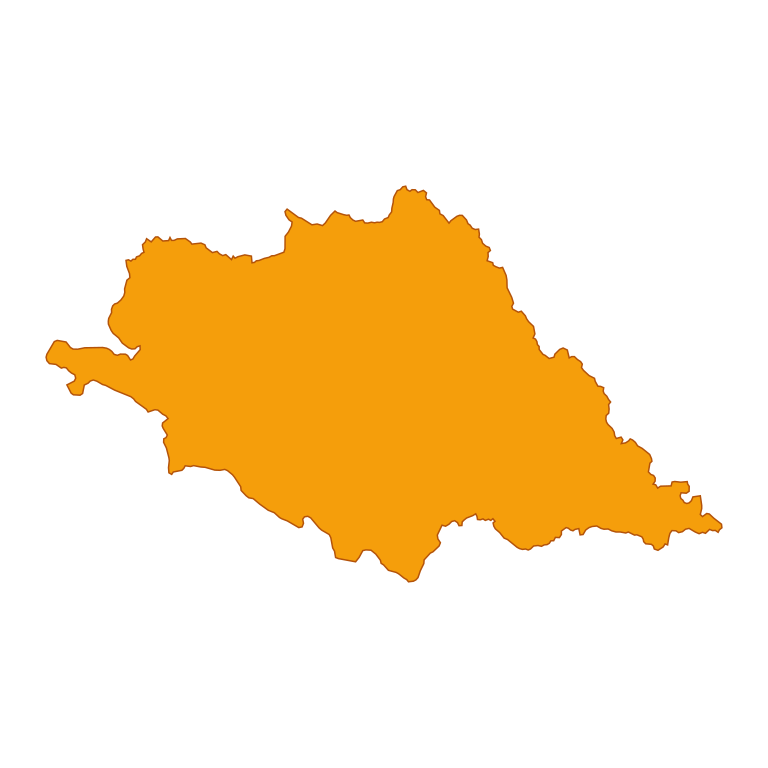 São Roque de Minas, Minas Gerais, Brazil
{"feature_id": "56859067B90207233852614", "entity_name": "São Roque de Minas", "entity_type": "district", "adm_level": 2, "iso_a3": "BRA", "parent_name": "Brazil", "parent_adm1": "Minas Gerais", "projection": "natural_earth1", "projection_center": [-46.507, -20.181], "detail": "fine", "context": "isolated", "style": "filled", "palette": "amber", "viewbox_px": 768, "rotation_deg": 0, "n_neighbors": 0, "source": "geoboundaries", "source_scale": "gbopen_adm2", "svg_char_len": 6090}
<svg xmlns="http://www.w3.org/2000/svg" viewBox="0 0 768 768"><path d="M603.7,387.7L600.6,386.4L597.9,386.2L595.2,381.3L594.5,378.3L589.1,375.6L583.5,370.4L581.5,367.6L582.3,364.1L580.6,361.6L577.4,359.5L574.4,356.6L571.7,356.6L569.2,357.9L567.3,350.0L563.1,348.0L559.7,349.4L554.9,354.1L554.0,357.2L549.1,358.5L545.2,355.4L543.0,354.4L539.2,349.5L539.1,346.4L537.4,344.6L536.9,341.6L535.5,339.1L533.1,338.0L534.9,333.9L533.5,326.4L528.6,321.7L526.6,318.8L525.4,315.9L521.3,311.2L518.3,312.2L512.6,309.1L511.8,306.4L513.5,303.2L511.7,297.3L507.1,287.8L506.9,280.0L506.1,275.4L502.6,267.4L499.4,268.1L495.8,266.7L493.3,265.3L492.7,262.7L487.1,260.7L488.2,256.5L488.0,252.6L490.4,250.5L489.2,247.5L485.8,246.1L482.6,243.3L481.4,239.6L479.0,237.2L479.4,234.1L478.6,229.1L475.2,229.5L472.2,228.2L470.1,225.1L468.0,223.7L466.5,220.0L462.3,215.4L459.6,215.3L456.9,216.3L450.9,220.7L449.0,223.1L443.2,215.6L439.9,213.8L439.4,210.4L434.8,207.2L429.5,200.0L426.7,199.7L425.6,196.7L426.5,192.9L423.4,190.4L417.9,192.5L415.3,189.8L412.0,189.7L409.9,191.3L407.0,189.7L405.7,186.2L402.8,186.8L400.2,189.7L397.3,190.6L394.1,196.5L393.4,199.0L393.2,202.4L391.9,208.1L391.6,211.9L389.3,214.9L388.2,217.5L384.5,219.0L382.3,221.7L379.6,222.4L377.0,222.2L374.6,222.8L371.4,222.2L367.9,223.1L364.7,222.9L362.8,220.0L355.6,221.3L352.9,220.0L350.3,217.6L349.0,215.0L346.7,215.3L343.8,214.7L337.1,212.6L335.0,211.0L330.6,215.3L325.3,223.0L322.5,225.6L317.2,224.0L311.9,224.8L301.5,218.2L298.5,217.5L287.1,209.1L285.0,211.6L285.9,215.3L289.0,219.8L292.1,222.0L291.5,226.1L288.4,232.1L285.1,236.3L285.0,248.7L283.9,252.2L274.4,255.7L271.7,255.8L269.0,257.3L264.3,258.4L259.0,260.5L256.3,260.8L254.5,262.4L252.0,262.8L251.4,256.1L244.8,254.9L237.9,256.7L235.0,258.2L233.2,256.1L231.5,259.6L225.8,254.6L222.7,255.6L219.4,253.8L217.0,251.4L212.4,252.6L206.1,247.8L204.9,244.8L201.0,243.1L191.9,244.1L190.3,242.0L185.4,238.5L177.3,238.9L174.1,240.4L171.5,240.4L170.0,237.5L168.6,240.6L162.8,241.0L157.9,236.9L155.5,237.0L151.2,241.9L146.6,238.7L145.3,242.0L142.5,244.7L143.1,249.0L144.0,252.3L141.6,253.4L139.6,255.8L136.5,256.9L135.4,259.3L132.9,259.3L130.9,261.1L128.5,259.8L126.0,260.4L126.8,266.4L129.5,273.6L129.9,277.7L126.9,280.2L124.6,288.9L124.8,292.4L123.8,296.0L120.9,300.0L117.4,303.1L114.6,304.0L112.7,305.9L111.5,309.3L111.6,312.6L108.7,318.4L108.3,321.2L108.4,324.1L111.2,330.5L113.2,333.4L118.7,337.9L122.3,343.1L128.6,347.8L131.7,349.0L135.0,348.8L137.2,346.7L140.0,345.8L140.2,349.6L134.7,356.0L132.9,359.0L130.5,360.0L127.6,355.5L125.5,354.2L120.4,354.1L117.4,355.3L114.2,354.4L111.8,351.4L109.4,349.5L106.6,348.2L102.6,347.5L84.7,347.8L77.7,349.2L73.1,349.1L70.4,347.5L66.1,342.0L57.2,340.4L54.3,341.6L46.9,354.2L46.1,357.2L46.9,360.7L49.4,363.6L56.0,364.4L61.3,368.1L63.8,367.4L66.4,367.9L68.6,370.7L71.4,373.0L74.8,374.8L75.7,378.2L74.3,381.1L66.9,384.9L71.1,393.1L73.4,394.8L80.1,395.2L82.6,393.5L84.3,385.0L88.1,383.2L90.3,381.0L93.3,380.0L96.9,381.2L102.5,384.5L105.7,385.4L114.6,390.1L130.9,396.7L133.7,398.9L135.5,401.4L146.4,409.3L148.1,412.0L154.9,409.7L157.9,410.1L162.7,414.2L165.8,415.8L168.1,418.6L162.6,423.0L162.2,425.9L163.2,428.4L167.3,435.0L166.1,437.6L163.8,438.8L163.6,442.3L166.4,448.0L168.9,457.7L169.3,460.6L168.5,467.6L168.9,472.8L171.7,474.4L173.3,472.0L181.9,470.3L183.8,468.4L185.2,465.8L190.6,466.5L193.6,465.6L200.8,467.0L205.1,467.3L214.8,470.1L220.0,470.3L224.8,469.4L227.5,470.6L232.5,474.7L234.5,477.2L240.7,486.7L241.1,490.4L246.1,495.7L248.8,497.8L253.2,498.6L259.7,504.1L268.3,510.3L274.3,512.7L279.4,517.4L281.6,518.7L287.3,520.9L298.8,527.6L302.1,526.9L303.5,523.3L302.7,519.2L304.5,516.8L307.8,516.3L310.7,517.9L319.1,527.9L321.6,530.1L329.2,534.5L330.8,537.7L332.7,548.0L334.5,551.1L335.6,557.5L338.4,558.6L355.6,561.8L359.1,557.4L362.8,550.6L365.9,549.9L371.0,550.2L375.8,554.1L380.4,560.2L381.1,563.3L383.6,564.9L388.4,570.3L396.1,572.4L398.5,573.7L403.9,578.0L406.7,579.6L408.5,581.8L413.4,581.2L415.9,579.9L418.0,577.6L420.3,570.8L423.8,563.6L424.1,559.9L430.3,553.1L433.0,551.8L439.1,546.0L440.4,542.7L437.9,538.9L437.3,535.1L442.0,525.2L445.6,526.2L449.0,524.2L451.7,521.5L454.7,520.7L457.5,522.6L459.0,525.7L461.9,525.5L462.2,521.9L464.0,520.1L466.6,518.0L472.8,515.6L475.7,513.8L477.0,516.4L477.5,519.5L480.3,519.8L483.0,518.9L485.3,520.4L488.5,519.2L490.8,520.4L492.9,518.7L495.0,521.3L493.1,522.9L493.8,526.1L495.3,528.8L499.7,532.6L504.1,538.1L507.5,539.5L517.1,547.3L519.5,548.6L522.5,549.4L525.6,549.0L528.2,550.0L530.5,549.0L533.6,546.0L538.0,545.5L541.5,546.3L544.2,544.9L547.1,544.6L549.3,543.3L550.9,540.8L553.7,540.7L555.4,537.4L559.4,537.6L561.4,534.5L561.4,531.0L566.1,527.6L568.3,528.2L570.5,530.0L573.0,530.8L575.0,529.4L578.8,528.6L580.1,534.9L583.1,534.5L585.7,530.0L589.0,527.6L592.1,526.5L596.8,526.0L601.0,528.4L603.9,529.2L608.2,529.0L611.7,530.8L616.0,532.0L620.3,532.0L625.8,533.0L628.3,532.0L634.5,535.1L636.9,534.8L641.8,536.8L643.2,539.1L643.7,541.7L645.7,543.8L651.3,544.3L653.3,545.9L654.3,549.0L658.0,550.3L663.1,547.0L665.1,543.9L667.6,544.9L668.8,537.6L669.9,533.4L671.9,530.6L676.0,530.8L678.6,532.6L682.4,531.7L685.5,529.2L689.1,528.4L695.2,532.0L699.1,533.7L702.5,532.3L705.5,533.3L709.6,529.4L712.6,530.6L715.3,530.4L718.1,532.3L719.5,529.7L721.9,527.8L721.5,524.2L713.8,518.2L709.3,514.0L706.7,513.5L702.5,516.6L700.3,514.5L701.7,508.6L701.7,505.4L700.3,495.8L692.9,496.9L691.4,500.7L689.1,502.9L686.8,503.5L684.3,502.6L682.8,500.1L680.8,498.5L680.1,495.7L681.1,492.8L686.3,493.2L689.1,491.3L689.2,486.3L687.7,484.2L687.2,481.6L680.7,482.2L674.8,481.5L672.1,482.0L671.1,485.9L660.5,486.2L657.7,488.1L655.7,484.8L653.1,484.1L655.1,481.2L655.2,478.0L653.6,475.5L650.8,474.4L648.4,471.9L649.9,463.2L651.9,461.3L651.5,458.7L649.7,454.5L642.2,448.4L637.6,445.9L635.4,442.4L632.6,440.0L630.2,438.9L628.6,440.9L625.5,442.9L621.3,443.6L622.9,439.9L621.1,437.1L616.3,438.5L614.7,435.7L614.1,432.0L612.1,428.4L608.0,424.5L606.5,422.1L605.8,419.0L606.2,415.5L608.7,413.2L609.1,409.0L608.6,404.6L610.6,402.0L608.5,399.4L606.8,396.2L604.1,393.6L603.2,391.1L603.7,387.7Z" fill="#f59e0b" stroke="#b45309" stroke-width="1.5"/></svg>